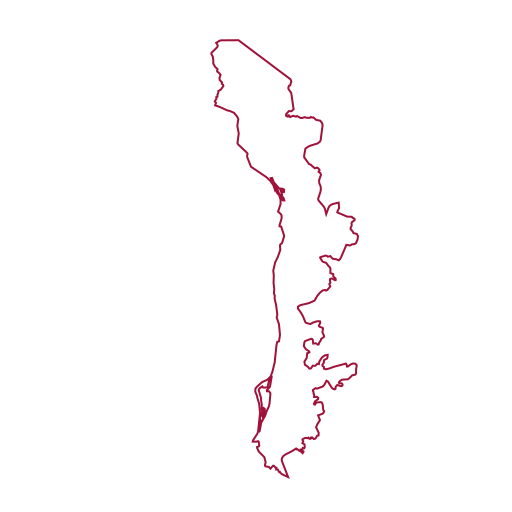 SVG path tracing the border of Veracruz, rotated 214°
{"feature_id": "MEX-2734", "entity_name": "Veracruz", "entity_type": "State", "adm_level": 1, "iso_a3": "MEX", "parent_name": "Mexico", "parent_adm1": "", "projection": "albers", "projection_center": [-96.92, 19.815], "detail": "fine", "context": "isolated", "style": "outline", "palette": "rose", "viewbox_px": 512, "rotation_deg": 214, "n_neighbors": 0, "source": "natural_earth", "source_scale": "10m", "svg_char_len": 6146}
<svg xmlns="http://www.w3.org/2000/svg" viewBox="0 0 512 512"><g transform="rotate(214 256 256)"><path d="M154.9,100.3L155.4,101.6L155.5,109.3L156.1,111.6L164.9,128.2L170.9,135.4L175.9,139.4L176.5,140.3L180.7,143.1L182.3,145.7L182.1,148.4L180.4,154.9L177.4,159.7L176.6,164.0L176.2,164.0L175.4,159.7L173.0,153.6L176.1,151.1L177.2,150.9L177.8,151.4L178.8,149.3L179.1,147.2L178.6,146.2L172.2,140.9L171.3,139.4L168.1,136.0L165.4,131.9L164.0,130.8L162.1,123.6L160.5,122.5L154.9,111.6L155.1,113.0L158.5,120.8L159.1,128.7L160.3,132.9L161.2,138.4L162.1,140.9L166.8,149.5L167.7,150.5L169.6,151.1L171.3,150.0L172.0,150.8L171.3,154.6L171.5,155.9L175.6,164.9L176.5,165.2L177.0,166.1L177.4,168.4L180.9,178.0L189.2,193.6L190.4,196.8L189.2,198.1L192.0,204.0L198.9,212.4L204.5,216.6L205.4,219.1L206.3,220.2L212.0,226.7L216.8,231.1L218.2,233.6L220.3,235.1L222.4,238.8L226.4,243.5L230.3,249.7L233.5,253.5L236.6,261.6L237.3,267.2L239.3,274.7L242.0,278.1L242.3,279.4L241.7,280.9L241.8,281.8L243.6,287.7L244.3,288.8L251.6,294.5L253.1,293.8L253.7,294.7L255.8,301.5L257.4,303.8L258.6,304.6L262.5,305.1L264.6,312.6L267.0,316.3L270.6,319.3L274.1,320.2L276.1,321.4L276.1,323.6L271.8,320.6L268.4,319.7L266.3,317.5L264.9,317.1L263.6,317.9L265.0,319.1L268.3,320.4L268.8,321.6L272.8,324.5L272.8,325.0L271.8,324.9L269.3,324.1L268.6,324.5L269.5,326.4L270.1,326.8L271.8,326.5L273.2,325.8L273.6,325.1L274.8,325.0L282.5,327.1L286.3,329.7L287.3,328.8L284.8,327.2L280.8,325.9L277.6,324.1L277.3,321.4L281.4,324.5L286.3,326.3L291.7,327.2L310.1,327.2L318.5,333.0L319.3,333.9L320.2,336.1L321.5,336.6L333.2,338.5L334.5,339.2L338.8,347.9L344.3,353.5L347.2,359.6L349.5,361.0L354.2,362.4L358.9,361.6L361.0,360.7L369.9,359.2L374.1,358.0L374.8,360.6L376.6,361.1L376.8,364.4L377.8,365.5L377.1,366.6L378.2,368.2L378.5,370.1L379.5,371.6L378.2,374.3L378.1,378.7L379.0,379.5L380.7,379.7L381.3,380.9L384.6,381.7L385.8,383.1L386.7,386.4L389.0,387.1L391.2,387.2L391.8,387.7L392.3,389.4L395.8,390.0L399.1,391.7L400.7,394.2L403.3,397.1L406.0,398.5L406.5,399.5L404.9,407.6L405.3,408.8L406.1,409.6L408.2,410.4L406.5,414.2L405.5,415.3L391.2,425.1L326.3,421.8L324.3,420.5L323.1,416.5L323.8,415.7L323.8,415.3L323.4,413.8L322.6,412.7L317.9,410.8L306.9,398.7L307.6,395.8L309.8,394.5L310.3,390.5L309.6,389.1L307.6,389.3L307.3,389.7L307.8,390.8L307.4,391.0L305.5,390.2L303.6,393.0L300.7,393.9L300.2,395.0L296.1,395.4L294.9,396.2L293.3,398.3L291.8,398.7L288.7,400.5L288.3,401.9L286.7,402.2L285.9,403.0L282.2,402.5L278.4,404.1L275.6,403.2L274.0,401.8L267.1,388.0L267.0,386.2L268.0,383.6L272.3,378.3L273.9,375.8L275.1,372.7L272.4,366.5L271.2,364.7L263.4,361.9L261.7,362.3L256.4,361.6L254.8,363.4L253.2,363.5L251.7,363.0L251.1,362.3L251.4,361.2L251.1,360.7L249.1,360.7L247.5,359.7L246.2,354.4L245.6,353.5L244.2,351.7L241.4,349.9L239.7,347.9L238.5,345.3L236.5,338.2L235.5,337.2L234.1,336.7L227.3,334.8L225.2,333.6L221.2,330.0L222.8,336.3L223.0,338.5L222.4,340.5L221.2,342.3L217.3,346.5L213.9,342.2L213.5,338.8L213.0,337.6L202.5,339.6L198.5,342.1L197.5,341.7L195.7,342.0L194.8,341.7L194.3,340.8L195.4,337.5L195.1,336.5L193.7,334.8L193.3,332.5L192.7,331.2L189.5,330.4L188.4,329.7L187.6,329.6L184.7,330.7L182.6,329.5L181.1,326.6L180.3,322.7L181.0,321.0L182.9,319.4L183.9,317.3L187.3,315.8L184.7,302.2L184.6,300.2L185.0,298.7L187.8,298.1L190.9,296.6L194.4,297.5L196.0,295.6L197.5,295.7L198.7,295.1L202.0,291.0L202.0,290.6L201.3,290.1L198.0,288.7L196.7,288.7L194.2,289.6L190.9,288.4L188.4,287.9L187.4,287.3L184.7,283.4L181.9,284.2L180.5,282.3L177.7,281.9L177.0,281.5L176.5,280.5L177.0,280.1L180.1,279.9L181.2,279.2L181.7,278.3L181.1,277.1L179.4,275.5L179.6,273.8L177.4,272.2L177.9,267.7L178.6,266.5L179.7,266.5L181.5,264.7L182.5,261.2L182.9,257.5L182.5,251.8L185.7,246.6L191.7,240.1L192.9,237.5L191.8,235.9L186.7,234.0L183.0,232.1L178.2,228.8L176.9,228.6L172.9,230.0L171.7,232.4L169.7,235.1L168.1,236.7L166.4,237.6L165.4,236.6L164.8,233.2L163.8,232.9L160.5,233.7L159.7,233.1L158.3,229.9L154.7,227.7L154.5,226.6L155.6,223.7L155.1,222.4L155.2,219.7L154.6,217.7L155.1,217.1L157.6,217.1L159.6,215.4L162.0,218.1L162.8,218.6L163.9,218.3L167.7,213.0L167.6,211.4L165.9,208.0L162.3,206.6L158.9,206.7L157.9,206.2L158.0,205.6L159.2,204.1L156.9,199.7L156.8,195.5L154.6,193.2L150.8,193.2L148.9,192.5L148.2,192.8L147.6,193.7L147.6,196.8L145.7,197.9L145.3,198.5L144.9,201.0L143.4,201.6L144.5,203.9L144.6,208.7L143.4,212.1L141.3,214.1L139.9,211.6L139.9,210.5L141.3,208.0L141.1,207.0L140.1,205.6L140.1,202.9L139.5,202.1L137.7,202.0L136.7,200.6L134.8,201.1L132.7,203.3L129.3,207.9L121.3,217.1L120.5,216.9L118.8,215.2L118.0,215.8L117.0,218.9L115.4,221.2L113.3,222.3L111.4,221.7L109.4,217.6L107.4,214.6L107.3,213.2L109.5,210.9L110.4,206.3L111.1,205.0L115.4,201.7L116.5,199.6L116.6,197.4L115.9,197.1L113.8,198.3L112.7,198.1L112.1,197.5L112.0,196.6L112.6,195.6L116.5,194.6L116.8,192.0L115.8,190.2L116.2,189.4L118.1,189.0L119.7,189.2L126.0,192.1L127.8,192.0L127.3,187.3L127.7,185.1L131.3,180.1L132.7,179.8L133.9,176.7L133.5,176.0L132.1,175.3L131.4,174.1L130.2,173.5L129.0,171.6L126.8,173.3L125.1,173.3L124.5,172.0L125.8,168.6L125.4,166.0L124.7,165.5L124.0,165.7L124.1,167.9L123.0,169.2L120.3,171.2L119.4,171.3L117.3,169.8L114.3,166.1L112.8,165.5L112.4,164.3L112.6,162.5L115.4,158.6L111.2,155.7L111.1,150.9L110.4,147.6L105.2,144.5L103.8,142.2L104.8,141.0L104.6,139.0L104.9,137.4L105.8,136.6L108.1,137.0L109.0,136.1L108.4,135.6L108.8,134.7L109.7,134.3L111.0,134.7L111.4,133.9L113.6,132.6L114.9,130.3L114.7,129.5L113.2,128.9L112.9,126.8L110.5,127.0L108.7,124.8L108.5,123.5L109.9,123.0L109.4,121.8L110.9,120.4L110.7,120.0L108.2,120.5L107.2,120.4L107.1,118.6L110.1,119.1L111.2,118.7L113.8,119.0L114.4,118.3L115.2,118.7L116.8,114.8L120.7,107.7L121.5,105.2L121.5,103.4L121.0,101.8L120.0,100.6L105.8,90.7L111.9,89.7L114.7,89.8L115.5,90.4L116.3,89.9L118.4,91.2L119.9,90.3L120.7,91.9L121.6,91.5L123.9,92.1L124.6,91.6L125.1,87.8L127.4,88.3L130.5,86.9L131.6,87.4L132.6,90.3L136.6,93.9L144.3,95.4L147.5,97.3L148.3,98.1L147.2,99.7L147.2,100.6L150.1,103.7L150.8,103.6L151.8,102.3L154.9,100.3ZM162.5,131.2L165.4,133.5L164.9,134.3L163.1,134.0L161.8,131.8L160.8,129.0L160.5,126.5L161.4,127.4L162.5,131.2Z" fill="none" stroke="#9f1239" stroke-width="2"/></g></svg>